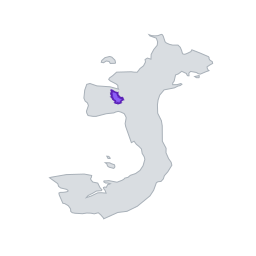 Ocú, Herrera, Panama (highlighted), rotated 112°
{"feature_id": "35544464B32201522330751", "entity_name": "Ocú", "entity_type": "district", "adm_level": 2, "iso_a3": "PAN", "parent_name": "Panama", "parent_adm1": "Herrera", "projection": "equal_earth", "projection_center": [-80.813, 7.919], "detail": "fine", "context": "in_parent", "style": "filled", "palette": "violet", "viewbox_px": 256, "rotation_deg": 112, "n_neighbors": 0, "source": "geoboundaries", "source_scale": "gbopen_adm2", "svg_char_len": 5817}
<svg xmlns="http://www.w3.org/2000/svg" viewBox="0 0 256 256"><g transform="rotate(112 128 128)"><path d="M221.3,116.5L220.6,117.1L218.7,120.8L217.7,123.8L220.2,127.1L220.9,130.6L222.3,134.4L224.5,138.1L226.9,145.2L227.4,148.0L226.8,149.8L224.5,151.0L222.4,154.2L221.8,158.3L222.2,160.2L215.8,166.7L214.2,167.7L213.1,166.7L211.7,163.5L210.1,160.9L209.2,160.0L208.7,160.0L208.2,160.6L207.9,162.0L208.8,168.0L208.1,170.5L205.9,172.3L203.5,182.1L202.5,180.9L194.3,167.7L187.1,151.3L185.6,143.9L187.5,143.5L189.2,143.7L190.2,142.5L191.3,140.4L190.4,135.4L193.8,131.6L195.1,129.0L196.1,129.3L198.3,133.7L201.6,136.2L205.7,139.8L208.2,140.6L205.0,136.8L199.5,131.8L198.0,128.5L196.6,123.9L194.4,125.9L193.5,127.6L192.4,128.5L191.4,127.4L191.2,125.9L188.0,125.6L187.2,124.3L186.3,123.5L186.7,126.4L187.4,128.1L187.0,130.3L186.0,130.4L185.1,128.2L184.0,126.2L182.4,117.9L178.8,114.0L177.1,112.7L175.7,112.2L173.7,109.5L171.0,108.1L167.4,103.9L162.9,101.0L157.4,99.9L150.8,100.6L148.6,102.2L147.0,104.3L146.3,105.3L142.4,107.7L140.9,111.1L140.0,114.1L138.0,117.4L140.3,119.4L127.5,130.7L125.0,132.3L119.2,133.5L117.9,134.7L116.1,136.9L115.9,140.3L116.2,143.2L117.8,145.4L119.3,146.8L122.9,153.5L129.2,162.0L130.4,165.1L131.4,169.7L129.5,171.9L128.0,172.8L122.0,173.1L119.9,175.0L119.1,177.8L116.8,180.1L109.1,182.3L103.0,182.6L101.0,180.0L100.6,172.6L96.5,160.0L95.5,151.3L94.5,152.4L92.3,153.4L91.6,155.6L91.0,162.0L90.2,164.1L88.5,163.9L85.1,161.7L80.5,159.5L74.6,146.0L74.0,143.5L72.9,140.4L68.3,139.1L64.5,136.9L60.3,136.5L58.1,137.8L55.9,136.2L55.6,132.5L51.1,134.1L45.5,133.5L40.4,131.9L37.0,132.8L34.1,135.4L34.4,142.2L33.6,143.5L33.5,140.7L32.5,137.6L31.2,134.9L28.7,132.2L28.6,131.2L29.6,129.8L34.2,125.9L34.8,124.3L34.9,120.8L34.4,117.6L32.4,112.7L33.6,109.8L36.0,107.4L38.4,105.5L38.8,104.7L38.4,103.0L36.9,101.3L33.6,98.3L31.6,98.1L31.5,89.4L31.7,80.2L32.2,79.3L33.4,78.8L34.4,77.4L34.9,74.7L36.4,73.7L39.0,75.8L41.7,77.6L42.8,77.0L43.7,76.1L44.3,75.2L44.5,74.4L46.6,76.8L51.0,81.2L51.3,83.3L50.9,85.4L52.1,91.2L54.4,92.1L56.7,91.0L57.2,92.0L56.8,93.1L55.6,94.3L55.3,99.4L59.1,101.7L61.0,103.8L67.2,102.8L69.5,103.4L71.1,102.8L69.4,98.7L67.0,95.7L67.2,94.4L69.0,95.4L70.4,97.4L73.4,100.0L79.1,108.8L85.6,110.9L90.7,110.6L95.5,109.4L103.2,106.0L108.7,99.8L113.1,97.1L127.4,91.2L132.5,85.1L134.6,84.3L136.7,83.5L141.2,78.9L143.6,75.2L146.1,73.4L153.7,74.7L158.6,76.4L162.0,76.2L165.2,77.4L166.6,80.1L168.1,81.2L176.1,80.9L182.7,82.2L197.0,90.0L205.6,97.7L210.2,105.9L221.3,116.5ZM77.1,177.4L75.2,177.6L71.4,175.7L68.6,171.9L68.4,170.6L68.4,169.4L70.0,165.5L72.0,164.1L72.8,164.1L74.8,168.6L73.4,170.4L74.0,173.2L76.7,175.2L77.1,177.4ZM169.3,134.1L168.7,136.1L167.1,131.8L167.3,130.6L167.2,126.7L168.7,125.7L169.8,125.6L170.8,126.2L171.4,130.8L170.9,132.8L169.3,134.1ZM55.7,83.4L55.3,85.5L52.7,81.7L54.3,81.0L54.8,81.1L55.7,83.4ZM163.7,135.1L162.1,137.1L161.5,135.2L162.6,133.2L163.0,133.2L163.7,135.1Z" fill="#d9dde1" stroke="#a8b0b8" stroke-width="1"/><path d="M102.8,143.8L102.7,143.8L102.4,143.8L102.4,144.0L102.2,144.2L102.2,144.3L102.2,144.5L102.3,144.5L102.2,144.6L102.4,144.7L102.3,144.8L102.5,145.0L102.4,145.1L102.4,145.3L102.5,145.3L102.8,145.7L102.9,145.8L102.9,145.7L103.0,145.7L103.0,145.8L102.9,145.8L103.0,145.9L103.0,146.0L103.1,146.3L103.1,146.5L102.9,146.6L102.7,146.6L102.7,146.8L102.6,147.2L102.5,147.3L102.5,147.5L102.3,147.4L102.2,148.1L102.3,148.2L102.2,148.2L102.1,148.3L101.9,148.3L101.7,148.4L101.7,148.7L101.3,149.3L101.3,149.5L101.2,149.6L101.3,149.7L101.2,149.9L101.2,150.0L101.3,150.0L101.2,150.1L100.7,150.2L100.6,150.4L100.4,150.3L100.2,150.3L99.8,150.5L99.7,150.5L99.4,150.6L99.1,150.7L99.3,150.9L99.5,150.9L99.6,151.0L99.8,150.9L99.9,151.0L99.6,151.4L99.6,151.5L99.7,151.9L99.7,152.0L99.4,152.3L99.6,153.2L99.4,154.5L99.7,154.6L99.6,154.9L99.5,155.0L99.4,155.2L99.4,155.3L99.3,155.5L99.2,155.7L99.3,155.8L99.2,155.9L99.3,156.0L99.5,156.3L99.4,156.5L99.5,156.6L99.4,156.7L99.4,156.8L99.2,156.9L99.0,157.0L98.9,157.1L98.9,157.3L99.0,157.4L99.1,157.5L99.3,157.4L99.5,157.3L99.6,157.1L99.8,157.1L99.8,157.3L99.9,157.2L100.1,157.2L100.3,156.9L100.5,156.7L100.7,156.3L100.8,156.2L101.0,156.2L101.3,156.1L101.5,156.2L101.7,156.3L101.9,156.3L102.0,156.2L102.0,156.3L102.1,156.2L102.1,156.3L102.3,156.3L102.2,156.2L102.3,156.2L102.6,156.2L102.8,156.2L102.8,156.3L102.9,156.2L103.0,156.2L103.3,156.1L103.5,156.0L103.6,155.9L103.6,155.7L103.6,155.4L103.8,155.3L103.9,155.1L104.0,154.9L104.3,155.0L104.5,155.1L105.0,155.1L105.3,155.0L105.3,154.9L105.4,155.0L105.4,154.9L105.5,154.9L105.6,154.6L105.7,154.4L105.7,154.2L105.8,154.1L105.7,154.0L105.7,153.9L105.8,153.8L105.8,153.7L105.8,153.4L106.0,153.2L106.0,153.3L106.4,153.3L106.5,153.3L106.5,153.1L106.8,153.0L107.0,152.9L107.0,152.7L106.9,152.6L107.0,152.3L107.2,152.1L107.3,152.0L107.3,151.9L107.4,151.7L107.3,151.4L107.4,151.2L107.4,150.8L107.4,150.7L107.4,150.4L107.5,150.4L107.6,150.2L107.6,149.9L107.8,149.8L107.8,149.7L108.0,149.6L108.1,149.4L108.3,149.4L108.4,149.5L108.9,149.8L108.9,149.7L109.0,149.5L108.9,149.3L109.0,149.3L109.3,149.2L109.5,149.2L109.4,148.0L109.3,147.8L109.3,147.7L109.2,147.6L109.0,147.3L108.9,147.2L108.7,147.1L108.8,146.9L108.7,146.8L108.7,146.7L108.8,146.6L108.7,146.6L108.8,146.5L108.6,146.2L108.7,145.8L108.7,145.7L108.4,145.4L108.3,145.1L108.2,145.0L108.1,144.9L108.1,145.0L107.9,144.8L107.7,144.8L107.7,144.7L107.6,144.4L107.4,144.2L107.4,144.3L107.3,144.2L107.2,144.3L107.1,144.5L106.9,144.6L106.8,144.8L106.7,144.8L106.6,144.7L106.4,144.7L106.2,144.5L105.9,144.6L105.6,144.6L105.4,144.5L105.4,144.4L105.2,144.3L105.0,144.2L104.9,144.2L104.7,144.2L104.4,144.0L104.4,143.9L104.3,143.7L104.2,143.7L103.9,143.5L103.8,143.4L103.8,143.5L103.7,143.5L103.4,143.5L103.2,143.5L103.2,143.4L103.1,143.5L103.0,143.8L102.9,143.8L102.9,143.7L102.8,143.8Z" fill="#8b5cf6" stroke="#5b21b6" stroke-width="1.5"/></g></svg>